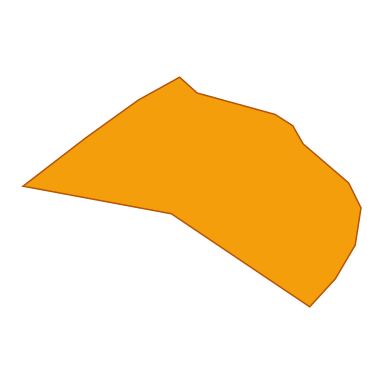 Paul, orthographic projection
{"feature_id": "CPV-5062", "entity_name": "Paul", "entity_type": "state/province", "adm_level": 1, "iso_a3": "CPV", "parent_name": "Cabo Verde", "parent_adm1": "", "projection": "orthographic", "projection_center": [-25.008, 17.112], "detail": "fine", "context": "isolated", "style": "filled", "palette": "amber", "viewbox_px": 384, "rotation_deg": 0, "n_neighbors": 0, "source": "natural_earth", "source_scale": "10m", "svg_char_len": 319}
<svg xmlns="http://www.w3.org/2000/svg" viewBox="0 0 384 384"><path d="M179.6,77.2L197.1,93.0L275.2,114.5L292.8,125.8L303.1,143.9L348.7,183.0L361.0,207.9L355.2,245.1L335.3,278.9L309.7,306.8L263.7,275.9L171.4,213.8L23.0,186.2L85.7,137.9L138.4,100.0L179.6,77.2Z" fill="#f59e0b" stroke="#b45309" stroke-width="1.5"/></svg>